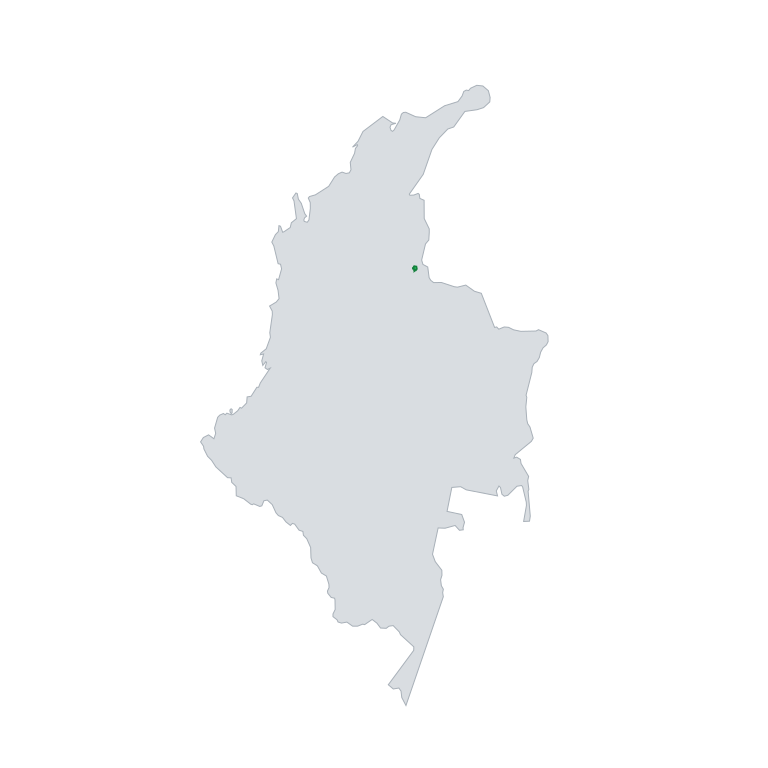 Cácota, Norte de Santander, Colombia shown in context, rotated 11°
{"feature_id": "7082276B39579248859745", "entity_name": "Cácota", "entity_type": "district", "adm_level": 2, "iso_a3": "COL", "parent_name": "Colombia", "parent_adm1": "Norte de Santander", "projection": "equal_earth", "projection_center": [-72.647, 7.261], "detail": "fine", "context": "in_parent", "style": "filled", "palette": "green", "viewbox_px": 768, "rotation_deg": 11, "n_neighbors": 0, "source": "geoboundaries", "source_scale": "gbopen_adm2", "svg_char_len": 4958}
<svg xmlns="http://www.w3.org/2000/svg" viewBox="0 0 768 768"><g transform="rotate(11 384 384)"><path d="M429.0,93.7L423.0,97.0L411.4,101.0L403.4,118.4L398.0,121.5L391.3,131.8L386.3,144.6L382.5,170.7L372.6,192.8L373.4,193.8L377.3,192.8L381.1,190.4L382.4,191.1L383.8,195.0L388.3,196.0L391.9,213.9L398.8,223.1L399.5,226.6L400.5,234.1L398.0,238.6L397.3,255.1L399.4,259.2L404.6,260.8L408.0,271.0L410.2,273.4L413.4,275.0L420.9,273.4L434.5,275.1L437.7,274.9L445.4,271.3L455.1,275.7L462.2,276.4L481.8,307.4L483.7,306.5L486.2,308.3L491.1,305.1L495.4,304.6L500.9,306.1L508.3,306.2L523.1,303.0L525.3,301.2L533.4,303.0L535.7,305.3L537.0,311.1L536.0,314.6L533.2,318.2L531.7,322.9L531.4,328.5L529.9,332.7L527.3,335.4L526.3,339.3L526.9,344.4L525.6,367.9L526.7,369.8L527.6,379.4L531.0,391.9L532.6,395.5L535.5,398.4L540.8,408.7L539.6,412.2L526.3,428.3L525.6,432.0L528.2,430.5L532.3,432.0L533.7,435.9L543.6,447.1L543.5,451.4L546.3,459.8L545.9,461.7L552.8,485.8L553.0,490.9L547.3,492.3L547.0,476.1L546.2,472.8L539.7,458.5L538.4,457.4L534.0,459.0L526.8,469.6L523.5,471.2L520.8,469.7L518.1,463.4L516.3,462.2L514.6,467.5L516.8,472.2L485.0,472.2L478.8,470.2L470.3,472.6L470.2,497.0L485.2,497.3L489.4,504.3L489.0,510.0L489.6,512.0L486.0,513.2L480.8,509.3L471.5,513.9L464.6,515.0L464.1,541.9L468.2,548.6L476.3,555.8L477.4,560.7L476.9,565.3L478.8,571.1L481.4,574.1L481.4,577.6L482.8,581.5L466.9,695.4L461.3,688.4L459.3,682.2L456.6,679.6L451.3,681.6L445.6,678.4L464.0,639.8L463.4,636.3L448.0,626.9L446.4,624.5L439.1,619.4L435.1,620.8L432.8,623.4L427.2,624.2L422.7,620.1L417.3,617.4L410.9,623.9L408.9,623.8L404.4,626.7L399.4,627.7L393.0,624.8L387.9,626.8L384.3,626.4L382.9,624.4L378.3,622.1L377.8,619.5L379.1,614.7L377.1,605.3L376.4,603.7L372.9,603.6L368.8,600.2L368.0,598.1L368.9,594.3L368.1,591.0L364.1,583.5L358.6,581.5L353.3,575.2L347.9,573.1L345.5,568.6L343.2,558.5L337.7,550.6L333.8,547.9L332.5,544.2L328.5,543.7L323.1,538.6L320.7,538.3L319.1,540.7L314.1,538.1L309.8,534.3L305.4,533.3L302.5,531.0L297.3,523.7L291.6,520.2L288.4,521.5L287.3,526.9L285.4,527.9L278.9,526.5L277.8,527.6L276.1,527.4L268.2,523.4L260.3,521.9L258.3,512.8L253.3,509.6L251.8,505.3L248.3,505.8L234.8,497.5L229.3,491.8L224.6,488.6L219.6,482.1L218.8,479.6L215.0,475.8L216.9,471.0L221.5,467.4L227.5,470.2L228.2,464.6L226.1,459.6L227.1,448.4L228.7,445.9L232.0,443.6L234.0,444.5L235.3,442.6L240.2,443.4L241.7,442.7L245.5,438.2L247.1,434.5L248.8,434.9L252.8,428.8L252.1,422.8L255.9,421.4L259.8,411.5L261.5,411.2L262.4,406.5L269.3,390.1L266.8,392.0L264.1,390.8L264.6,385.3L263.7,384.6L261.5,388.9L259.6,384.6L260.1,377.5L257.0,378.9L257.2,377.2L261.7,371.9L263.6,359.8L262.1,355.4L261.2,337.3L260.4,333.8L256.8,329.3L262.6,324.1L264.7,320.2L262.1,312.2L258.6,305.4L258.6,301.3L260.6,301.7L261.5,290.5L259.6,286.2L257.1,286.1L249.5,269.5L246.8,266.1L248.9,258.1L251.2,254.6L250.7,248.6L252.3,248.9L255.6,254.4L256.9,253.5L262.1,248.3L262.3,243.4L266.5,238.4L260.7,221.4L258.7,218.8L261.1,213.3L262.5,213.6L264.7,218.9L268.3,222.4L273.7,231.9L276.0,234.0L274.3,236.1L274.0,238.3L274.7,239.6L277.8,239.9L279.0,237.3L278.2,225.8L277.0,220.0L274.2,215.9L275.1,214.2L280.6,211.4L292.0,200.5L296.0,190.2L299.0,186.4L302.4,184.0L306.5,184.6L309.7,183.3L310.7,180.0L308.6,172.9L311.1,163.1L311.0,158.2L312.6,155.2L312.1,154.1L307.9,157.5L312.2,150.7L315.2,140.1L331.8,121.6L342.6,126.1L346.0,125.8L341.5,128.1L340.9,130.8L342.4,133.6L344.1,134.4L345.5,132.6L349.1,121.8L349.6,115.8L351.2,113.8L353.5,113.1L364.1,115.6L374.1,114.7L390.4,99.3L402.7,92.7L405.7,86.4L406.5,81.6L408.7,79.8L411.1,79.8L412.5,77.2L418.1,73.1L424.2,72.6L430.5,76.2L433.5,82.5L434.0,86.9L429.0,93.7ZM240.4,441.4L239.7,442.3L238.2,440.8L237.7,438.9L238.6,437.5L239.8,438.0L240.4,441.4Z" fill="#d9dde1" stroke="#a8b0b8" stroke-width="1"/><path d="M394.3,264.8L394.3,264.7L394.2,264.7L394.1,264.4L394.0,264.2L394.0,263.9L393.9,263.9L393.9,263.7L393.8,263.4L393.7,263.3L393.6,263.2L393.5,262.9L393.5,262.7L393.4,262.7L393.4,262.4L393.2,262.4L393.1,262.2L393.1,262.3L392.9,262.4L392.9,262.5L392.7,262.4L392.6,262.5L392.4,262.5L392.2,262.6L391.9,262.7L391.7,262.6L391.5,262.8L391.4,263.1L391.4,263.3L391.2,263.3L391.1,263.2L391.0,262.9L390.9,262.7L390.8,262.8L390.8,263.0L390.8,263.3L390.8,263.5L390.7,263.7L390.7,263.8L390.6,264.1L390.4,264.1L390.3,264.3L390.2,264.4L390.1,264.5L390.2,264.8L390.2,265.0L390.3,265.1L390.2,265.2L390.2,265.3L390.3,265.4L390.5,265.4L390.8,265.4L390.8,265.5L391.0,265.5L391.2,265.4L391.3,265.4L391.4,265.2L391.5,265.2L391.5,265.3L391.5,265.5L391.8,265.8L391.8,266.0L391.7,266.1L391.7,266.3L391.7,266.5L391.8,266.5L391.9,266.8L392.0,266.8L392.0,267.0L392.2,267.3L392.3,267.3L392.3,267.5L392.4,267.4L392.5,267.3L392.7,267.2L392.7,266.9L392.8,266.9L392.9,266.7L393.0,266.6L393.0,266.4L393.1,266.2L393.2,265.9L393.3,265.9L393.4,265.7L393.5,265.7L393.7,265.4L393.8,265.4L393.9,265.2L394.0,265.3L394.0,265.2L394.0,265.3L394.1,265.2L394.2,264.9L394.3,264.9L394.3,264.8Z" fill="#22c55e" stroke="#15803d" stroke-width="1.5"/></g></svg>